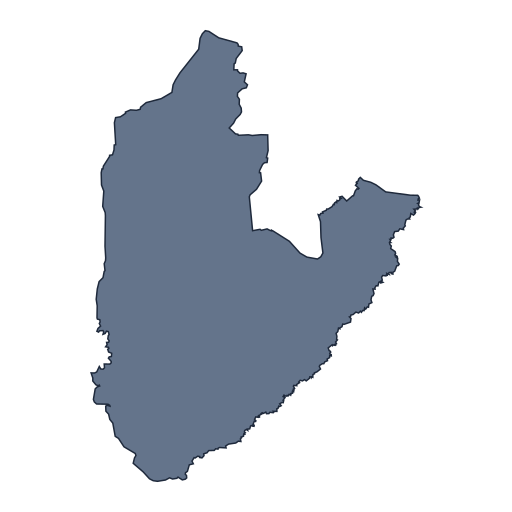 outline of Prakhon Chai, Buri Ram, Thailand
{"feature_id": "78962969B33368538988624", "entity_name": "Prakhon Chai", "entity_type": "district", "adm_level": 2, "iso_a3": "THA", "parent_name": "Thailand", "parent_adm1": "Buri Ram", "projection": "orthographic", "projection_center": [103.123, 14.625], "detail": "fine", "context": "isolated", "style": "filled", "palette": "slate", "viewbox_px": 512, "rotation_deg": 0, "n_neighbors": 0, "source": "geoboundaries", "source_scale": "gbopen_adm2", "svg_char_len": 6073}
<svg xmlns="http://www.w3.org/2000/svg" viewBox="0 0 512 512"><path d="M368.9,304.0L371.9,302.6L371.0,299.9L371.7,296.3L373.1,295.6L374.0,293.6L372.9,289.0L375.1,289.1L374.8,287.8L376.2,285.7L377.9,285.9L378.9,282.2L379.9,281.8L380.7,283.0L382.9,282.3L381.0,281.1L382.3,280.2L381.6,277.1L382.7,275.5L386.0,275.9L386.3,275.0L387.2,275.2L386.8,273.4L389.1,274.4L388.6,273.3L389.2,272.5L391.3,272.4L391.2,273.6L392.9,274.1L392.9,272.3L394.7,271.2L396.7,265.8L398.3,265.5L399.2,264.1L397.4,261.4L397.7,258.5L396.0,257.1L397.3,257.0L397.1,256.3L394.8,254.9L395.6,253.4L395.1,251.6L390.7,248.6L391.3,246.0L389.9,244.5L389.5,242.6L390.6,242.5L389.8,241.9L390.7,240.2L389.9,239.3L391.1,239.1L391.1,238.0L392.7,238.3L394.0,237.3L393.4,234.8L394.6,231.6L398.3,231.1L399.8,228.8L403.6,229.6L403.3,228.1L405.3,225.9L404.8,224.8L405.9,220.1L407.4,219.0L409.7,219.0L409.2,217.9L410.3,216.9L410.8,213.5L413.5,215.1L415.1,213.5L414.4,212.5L415.4,212.3L414.7,211.3L415.4,210.8L413.9,209.2L416.6,209.0L417.2,208.1L417.8,209.2L419.1,207.5L420.9,207.2L419.3,206.5L418.5,204.9L418.9,203.7L417.8,203.4L419.1,202.5L419.6,199.9L418.0,200.1L418.3,198.7L419.4,198.2L418.5,196.2L417.7,195.3L410.5,195.2L385.7,191.9L375.9,184.8L370.8,182.3L363.4,180.3L360.3,177.4L358.6,179.1L358.3,180.8L356.6,181.9L357.1,183.1L356.4,183.0L356.7,183.9L355.5,185.3L358.9,188.4L358.1,189.2L356.9,188.8L355.3,190.8L353.5,195.8L352.6,195.8L346.7,201.0L342.1,196.3L339.6,197.0L341.1,198.4L339.8,198.5L339.9,199.7L338.4,200.9L337.0,200.4L336.7,202.5L336.0,201.9L334.6,202.9L334.2,204.6L333.4,204.3L332.1,206.6L328.2,209.0L326.7,209.0L326.3,210.3L322.5,211.9L323.0,213.1L320.7,213.5L319.8,215.1L318.2,214.6L320.5,221.7L321.0,237.6L322.9,253.0L320.8,256.8L317.5,259.0L306.9,257.1L300.0,253.1L289.4,241.3L272.6,230.7L271.8,230.9L271.5,230.1L270.4,230.6L267.1,228.9L261.3,230.3L260.1,229.3L252.6,230.7L249.3,196.8L250.1,194.8L256.5,189.3L261.6,181.1L260.6,172.8L259.4,172.7L259.6,170.5L262.6,164.4L264.5,162.7L267.1,162.5L267.7,158.1L266.4,157.7L268.1,150.6L267.7,135.8L267.7,134.9L261.0,134.7L252.2,135.5L248.5,134.8L238.3,135.3L237.9,134.2L235.5,133.9L229.2,128.0L233.6,123.1L235.7,119.0L240.2,114.4L241.5,111.9L241.2,108.1L239.2,104.3L239.4,99.3L237.4,96.4L237.6,92.9L242.2,88.8L246.3,87.8L247.5,84.8L244.3,81.9L246.1,73.8L243.1,72.9L240.0,73.3L237.6,71.0L237.5,69.8L233.8,69.8L234.1,63.8L235.3,63.0L236.2,58.5L242.2,50.6L241.7,46.8L238.3,46.1L238.1,44.3L237.0,42.9L218.7,37.8L208.9,31.4L205.3,30.7L202.4,33.7L200.1,38.3L198.7,49.2L180.0,72.8L175.5,80.0L173.1,84.8L171.9,92.4L161.1,98.7L146.2,102.6L140.6,107.2L140.2,109.3L136.4,110.3L130.5,109.9L125.4,112.1L125.6,113.3L120.4,116.8L115.6,117.6L114.4,122.7L115.7,144.7L114.2,145.0L114.0,150.0L112.5,154.8L109.6,155.3L109.6,156.4L103.4,166.1L102.9,168.9L102.0,168.9L101.2,172.7L101.5,185.0L103.8,191.1L102.7,206.4L105.2,212.6L105.4,215.7L105.0,246.2L105.7,257.9L105.5,260.7L104.2,263.7L105.0,270.7L104.2,271.4L103.0,277.7L99.1,281.6L97.3,288.9L96.2,299.3L97.2,305.8L97.0,317.9L97.4,319.1L99.8,319.7L100.1,322.0L99.3,323.5L100.6,326.1L98.0,328.4L96.9,331.3L98.6,332.1L99.5,330.8L103.0,330.6L103.7,332.0L103.0,334.3L105.1,333.5L106.5,331.2L108.3,331.6L109.1,334.6L108.3,335.5L107.8,338.9L109.2,340.9L108.6,342.3L106.6,342.4L107.1,344.7L105.6,346.8L108.5,347.3L108.8,348.4L107.7,349.3L108.6,352.0L111.7,353.3L111.4,356.5L109.2,356.9L108.4,358.2L111.2,361.4L111.2,362.8L109.8,364.1L104.2,364.0L104.5,367.8L103.1,369.2L100.8,369.0L99.3,366.5L96.7,372.0L94.5,373.0L91.1,372.9L92.8,378.0L92.8,381.0L95.9,384.8L98.4,385.8L99.2,385.1L99.7,386.0L97.1,387.0L95.2,388.9L93.4,399.4L94.3,401.9L96.6,404.0L108.0,404.2L109.8,405.4L110.0,406.2L107.4,405.3L105.7,406.1L105.9,411.2L108.6,414.1L109.8,419.4L112.8,423.1L115.2,436.3L118.5,438.4L124.0,446.8L135.3,453.5L135.9,455.6L134.5,457.9L133.2,463.3L143.3,472.0L149.5,478.8L153.2,480.7L157.5,481.3L165.5,480.0L169.6,477.8L172.5,479.0L176.9,478.3L178.0,477.1L182.3,479.9L185.3,479.2L186.7,477.9L186.5,475.4L185.3,474.3L185.5,472.7L187.4,471.4L189.3,464.8L193.3,463.8L192.0,461.1L194.1,457.6L195.1,458.0L197.7,456.2L199.7,456.5L199.6,457.5L202.0,457.9L204.0,455.7L203.7,453.8L207.0,452.8L208.7,450.6L214.3,450.4L215.6,448.8L218.0,449.1L218.2,448.1L219.6,447.5L226.1,447.9L225.6,446.0L228.6,444.1L235.8,443.0L238.3,441.2L240.9,441.5L240.4,438.8L241.5,437.8L241.1,437.1L243.5,436.2L243.7,434.3L244.7,434.2L244.2,433.5L245.3,432.8L244.4,432.0L244.7,430.5L246.3,429.5L247.7,430.4L247.4,429.1L249.7,428.9L250.6,425.9L252.3,425.4L252.4,426.1L254.0,426.3L254.2,425.3L253.1,424.2L254.3,421.2L255.6,421.5L255.9,420.8L254.6,419.3L255.8,416.9L257.5,417.2L258.2,416.1L258.7,417.3L259.5,417.1L259.4,415.3L261.7,414.0L261.1,413.6L262.2,412.7L263.5,413.4L265.8,412.1L266.5,413.7L268.9,413.6L269.8,412.3L273.3,412.7L273.9,412.0L273.3,411.3L276.9,411.4L276.8,408.8L278.0,408.4L278.7,406.2L279.5,406.6L281.2,405.7L279.7,403.8L281.9,402.5L283.2,402.7L283.7,400.5L283.1,400.2L285.0,397.6L283.1,396.6L284.0,395.1L285.1,396.0L286.7,396.1L287.1,395.4L288.0,396.0L289.0,394.4L289.9,394.9L290.4,394.1L290.8,394.8L291.2,393.5L292.5,393.2L292.3,392.0L293.4,391.9L293.0,391.0L293.7,391.2L294.0,389.9L293.3,389.2L294.6,388.5L293.4,386.2L293.8,385.4L296.8,385.7L296.6,384.5L299.5,382.7L298.7,382.0L300.2,380.3L302.5,380.9L304.5,379.6L306.2,380.9L309.4,378.4L309.8,376.8L311.0,376.8L311.3,377.8L311.9,376.9L312.8,377.3L312.9,374.5L314.5,373.8L314.4,372.8L316.9,371.9L320.5,369.0L319.3,366.5L319.7,365.4L322.3,363.7L323.8,363.7L324.8,361.8L327.5,360.7L327.1,359.1L329.6,357.6L329.7,355.6L331.3,355.9L331.2,354.6L330.3,354.5L329.7,353.3L330.7,352.2L330.4,351.3L329.1,350.6L328.2,347.9L332.1,344.8L332.6,345.7L333.3,344.9L335.1,345.4L335.7,345.0L335.1,344.3L336.5,343.7L335.6,342.0L337.4,339.9L336.6,339.4L336.9,336.3L336.1,333.3L337.8,331.6L338.5,328.1L339.9,328.8L339.9,327.9L342.0,326.7L342.7,324.1L344.2,324.3L350.5,322.1L351.0,318.5L349.4,316.9L350.6,316.4L350.8,315.1L353.1,314.5L355.9,312.1L358.6,313.0L360.4,311.2L361.4,312.3L362.6,310.5L364.1,310.6L364.6,307.9L365.7,309.1L367.3,306.9L368.5,307.2L368.9,304.0Z" fill="#64748b" stroke="#1e293b" stroke-width="1.5"/></svg>